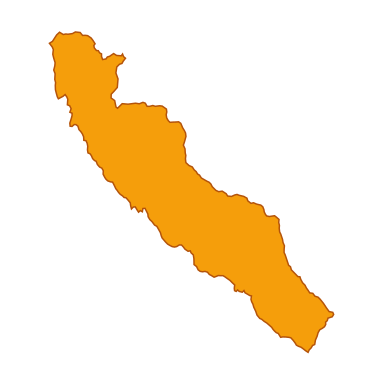 Chapada de Areia, Tocantins, Brazil (Equal Earth projection), rotated 178°
{"feature_id": "56859067B55527615433818", "entity_name": "Chapada de Areia", "entity_type": "district", "adm_level": 2, "iso_a3": "BRA", "parent_name": "Brazil", "parent_adm1": "Tocantins", "projection": "equal_earth", "projection_center": [-49.195, -10.166], "detail": "fine", "context": "isolated", "style": "filled", "palette": "amber", "viewbox_px": 384, "rotation_deg": 178, "n_neighbors": 0, "source": "geoboundaries", "source_scale": "gbopen_adm2", "svg_char_len": 4073}
<svg xmlns="http://www.w3.org/2000/svg" viewBox="0 0 384 384"><g transform="rotate(178 192 192)"><path d="M253.1,177.2L251.2,179.0L249.2,179.1L247.5,176.0L246.1,173.7L244.3,175.2L242.3,174.0L241.7,177.2L239.5,177.3L238.3,174.6L236.9,171.6L236.7,168.8L235.1,165.9L233.0,163.8L230.6,160.3L228.3,158.9L226.8,156.0L225.0,152.5L224.2,149.1L223.4,147.0L220.2,143.0L218.2,140.8L216.2,139.5L213.7,138.1L211.4,137.6L209.2,138.0L206.6,139.5L204.3,139.4L202.5,137.3L201.0,135.1L198.0,132.9L195.9,133.3L195.0,131.2L192.9,129.1L192.4,125.2L192.5,119.4L190.0,117.3L188.6,114.0L186.6,112.4L184.3,111.9L181.8,112.2L179.3,111.3L177.6,109.0L175.8,108.0L172.9,106.1L170.4,106.9L168.7,107.6L166.6,107.4L163.9,107.3L161.8,105.9L159.5,104.1L157.2,102.4L155.0,100.0L152.6,97.6L153.1,94.4L152.9,91.9L151.3,91.1L149.8,92.5L148.3,91.0L145.2,90.1L143.5,91.7L142.5,89.4L140.2,88.0L137.9,86.5L136.2,86.1L136.8,82.7L136.2,80.3L135.0,77.7L134.3,74.8L132.5,70.6L131.3,66.7L128.7,63.3L126.7,62.3L124.4,60.2L121.9,58.5L119.1,55.9L117.1,54.0L115.8,51.9L114.4,50.2L112.7,48.5L110.7,47.6L108.5,43.7L106.4,44.0L103.2,43.8L100.4,43.4L98.4,42.9L96.3,40.5L94.3,37.7L93.0,35.3L91.0,34.1L88.5,33.1L86.2,31.3L84.0,29.4L81.6,27.7L80.4,30.1L78.3,32.1L76.9,34.4L74.7,35.3L73.8,39.7L72.0,43.5L70.9,47.0L69.1,49.9L66.7,51.1L64.3,52.7L63.0,54.9L63.0,57.3L61.3,58.7L60.5,61.2L57.9,61.9L56.2,62.4L54.7,64.7L55.5,66.8L59.1,67.7L61.7,71.5L64.5,76.1L67.8,80.5L69.7,82.5L72.8,83.6L74.8,86.5L77.9,87.1L79.3,89.5L81.1,92.2L82.3,94.9L84.7,97.5L86.4,101.0L87.1,103.5L89.2,103.8L91.1,106.0L95.4,110.7L96.2,113.9L98.0,115.4L99.1,119.2L101.1,126.0L102.1,128.3L101.9,131.9L101.5,135.0L102.8,138.4L103.2,141.5L104.8,146.9L105.8,149.0L106.1,152.7L105.8,155.5L106.4,158.5L106.0,161.5L108.4,163.8L110.3,165.4L115.6,164.8L118.3,165.5L119.5,167.3L120.5,169.6L120.8,172.0L121.8,174.8L123.7,176.5L125.9,177.1L128.0,177.7L130.9,179.1L133.5,178.6L136.6,181.3L137.3,183.9L140.4,185.8L145.1,187.1L147.1,188.0L149.5,187.5L152.6,186.2L156.5,186.7L157.9,189.1L161.8,191.8L165.3,191.4L168.1,192.8L171.6,196.6L172.9,199.4L174.6,201.2L176.6,202.2L179.5,204.0L182.2,205.7L183.9,208.6L185.8,209.8L187.1,212.2L189.1,214.1L190.8,217.0L194.1,218.6L197.1,221.6L197.4,225.4L196.9,228.8L197.4,231.2L197.5,235.4L199.0,239.1L197.8,242.3L196.9,245.2L196.1,247.8L196.4,251.2L197.5,253.7L199.1,256.5L200.8,261.0L202.9,262.6L205.7,262.5L209.0,262.5L211.6,262.4L213.2,264.1L214.7,266.9L215.1,270.1L214.4,272.9L214.7,275.8L218.8,278.9L221.3,279.3L223.8,279.1L225.7,278.9L228.1,279.8L231.3,279.1L233.9,279.2L235.6,282.4L237.9,283.3L241.6,282.0L245.3,282.7L248.7,282.4L252.8,282.0L258.7,282.7L263.5,278.3L265.0,279.6L266.1,286.1L269.6,288.8L269.3,292.6L266.6,295.2L263.0,299.1L262.0,307.6L263.9,313.6L262.8,319.6L260.0,322.2L257.5,322.9L256.2,325.1L253.8,328.0L255.7,329.7L256.6,332.3L257.9,330.6L262.6,331.1L265.5,333.1L269.6,330.5L271.9,329.9L273.3,328.0L276.7,327.5L277.7,330.7L277.6,333.2L279.5,334.3L280.7,336.5L282.5,336.7L284.6,339.4L285.0,341.8L283.7,343.5L285.6,346.8L287.4,349.4L290.8,351.9L293.1,352.3L295.9,352.3L298.2,355.3L303.0,356.0L305.9,354.5L310.4,354.0L312.6,354.3L315.2,353.9L318.8,356.3L321.8,353.7L326.2,347.4L329.3,345.6L326.6,341.8L325.6,339.1L326.0,336.8L326.3,334.4L325.6,331.0L324.3,326.0L324.7,322.9L325.9,318.7L324.7,315.0L325.2,309.3L324.5,306.1L324.9,303.3L324.9,298.9L324.2,295.7L323.3,291.9L322.3,289.8L320.7,290.6L317.6,292.1L315.4,293.8L313.8,291.4L312.9,289.0L313.2,286.4L313.5,283.5L311.2,282.4L309.9,279.4L311.3,276.0L309.1,274.9L309.2,272.5L310.2,269.3L311.7,265.1L311.5,262.0L309.6,261.7L307.4,263.5L305.6,263.4L303.7,261.8L302.8,258.3L301.0,256.2L299.6,254.0L298.4,251.0L298.3,247.4L296.2,247.0L295.1,244.4L294.6,241.3L295.0,237.8L294.6,234.7L292.5,233.7L291.3,231.8L290.1,228.8L288.4,226.9L286.7,226.0L285.6,222.8L283.5,220.2L281.3,219.0L279.9,216.4L280.2,212.9L278.8,209.9L277.7,208.0L275.9,206.1L273.2,205.0L271.0,204.6L269.5,201.4L268.0,197.9L266.7,196.2L265.4,194.1L263.8,192.2L261.5,190.5L260.1,188.9L258.1,188.5L256.4,186.4L254.1,183.4L253.8,180.5L253.1,177.2Z" fill="#f59e0b" stroke="#b45309" stroke-width="1.5"/></g></svg>